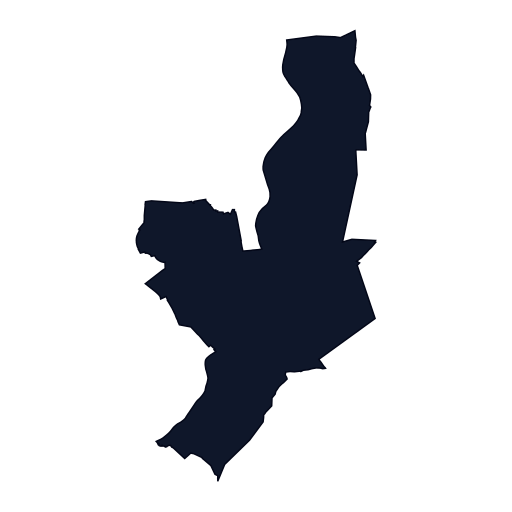 outline of Venlo, Limburg, Netherlands
{"feature_id": "6326949B62614877207788", "entity_name": "Venlo", "entity_type": "district", "adm_level": 2, "iso_a3": "NLD", "parent_name": "Netherlands", "parent_adm1": "Limburg", "projection": "equal_earth", "projection_center": [6.131, 51.392], "detail": "fine", "context": "isolated", "style": "filled", "palette": "ink", "viewbox_px": 512, "rotation_deg": 0, "n_neighbors": 0, "source": "geoboundaries", "source_scale": "gbopen_adm2", "svg_char_len": 5717}
<svg xmlns="http://www.w3.org/2000/svg" viewBox="0 0 512 512"><path d="M217.7,481.3L224.7,464.4L249.6,440.1L263.1,421.9L263.6,417.6L263.7,414.7L264.7,413.8L265.7,412.2L271.7,405.9L272.0,397.9L275.1,394.2L275.8,391.4L279.1,386.5L281.8,383.9L283.5,382.6L287.1,379.0L286.8,378.0L286.7,377.6L286.3,376.8L285.7,375.9L285.3,375.0L285.3,374.1L285.8,372.0L290.1,371.5L294.4,371.8L300.5,371.1L300.8,371.5L301.9,371.0L301.8,370.8L303.8,370.2L308.3,369.7L311.8,368.7L316.3,367.9L320.4,368.1L322.6,368.7L324.3,368.5L325.5,368.3L325.1,367.7L323.9,366.5L320.9,362.1L320.2,361.3L318.8,359.3L375.1,318.5L357.5,266.2L357.1,265.4L359.6,262.9L356.6,261.3L361.6,257.5L362.2,256.7L363.4,255.4L364.3,254.5L365.0,253.9L367.0,251.8L367.8,250.9L368.6,249.9L370.9,247.8L371.9,246.7L372.8,245.6L375.7,242.3L374.5,242.0L375.5,240.5L351.9,239.3L342.5,242.0L357.1,174.9L355.8,150.8L356.3,149.8L366.1,150.0L365.3,135.3L365.2,133.0L365.6,132.3L366.3,129.6L368.4,121.8L368.7,112.0L369.1,111.2L369.5,110.1L370.2,108.1L370.8,107.0L370.1,106.1L369.5,105.5L370.5,99.0L370.6,94.8L368.3,88.2L367.9,87.6L367.8,86.9L367.6,86.4L363.6,75.2L362.8,76.5L360.3,72.4L358.8,70.5L356.4,66.6L353.9,62.9L354.0,62.1L354.0,58.6L354.6,54.6L355.6,47.5L355.4,47.3L356.1,40.3L355.5,37.2L354.9,30.7L340.5,37.6L339.7,37.5L337.7,37.2L335.0,36.8L316.3,36.1L286.7,40.0L287.0,42.7L287.1,44.6L287.0,45.7L286.8,47.5L285.9,51.5L285.7,52.6L284.9,55.4L284.5,56.9L283.9,59.0L283.6,60.4L283.1,63.1L282.8,64.7L282.6,67.1L282.7,69.3L282.7,69.9L282.9,71.3L282.9,71.8L283.5,73.7L284.9,76.5L285.6,77.4L287.5,80.5L288.5,81.8L288.6,82.3L289.1,83.1L291.1,85.7L293.3,88.2L295.1,90.3L297.0,92.6L299.7,97.0L300.6,100.0L300.9,101.4L301.4,104.0L301.6,105.9L301.8,108.0L301.3,111.4L301.3,112.6L300.5,115.3L298.8,118.4L297.8,120.4L296.2,122.6L293.5,125.9L287.8,131.1L283.6,134.8L282.5,136.0L281.6,136.8L280.0,138.5L276.0,143.3L274.6,145.1L273.7,146.2L271.1,149.3L268.6,152.1L267.7,153.4L266.6,155.1L265.6,157.0L265.2,157.8L264.0,161.4L263.7,162.8L263.1,166.5L263.1,168.6L263.2,170.0L267.5,184.4L269.2,189.0L270.0,192.6L270.1,196.7L269.6,199.3L268.8,201.7L267.7,203.7L266.4,205.2L263.0,208.0L261.9,209.1L259.2,212.5L257.9,215.4L256.6,219.2L255.8,223.3L255.6,225.9L256.1,228.2L257.0,231.8L258.2,235.8L258.8,240.6L259.5,243.2L260.3,245.4L261.8,249.0L260.1,249.5L260.0,249.4L258.9,249.6L254.3,250.0L254.0,250.0L252.0,250.2L251.4,250.4L242.9,251.1L242.7,250.2L241.9,246.6L241.0,241.6L240.9,240.9L241.2,240.8L236.7,216.6L235.8,213.0L235.7,213.1L235.5,212.1L234.6,212.4L234.4,210.7L234.4,209.6L232.5,209.6L230.4,214.3L228.0,212.4L223.5,213.9L223.0,212.2L219.4,212.1L217.8,212.2L217.7,210.9L216.0,211.1L215.9,210.1L213.8,210.1L213.0,209.0L212.9,208.8L212.1,207.7L210.0,205.2L210.2,204.8L209.7,204.8L209.4,204.5L208.6,203.6L205.3,200.1L205.8,200.0L205.7,199.4L198.8,200.5L198.1,200.7L196.8,200.9L195.7,201.1L194.6,201.3L194.2,201.4L194.0,201.5L193.7,201.9L193.6,202.2L193.6,202.5L193.7,202.8L193.9,203.1L193.7,203.1L193.4,203.3L191.6,201.5L189.6,201.8L182.6,202.9L178.9,202.7L151.8,200.9L151.3,200.9L147.5,201.4L145.5,201.7L145.2,203.8L145.1,204.5L145.2,205.2L145.2,205.7L144.3,215.4L144.3,221.9L144.1,221.8L144.2,222.5L138.8,229.1L139.6,229.6L139.3,230.0L139.8,230.3L139.4,230.9L138.5,232.6L138.0,233.5L137.7,234.4L137.2,235.3L136.9,236.2L136.5,237.9L136.4,238.7L136.3,240.5L136.4,241.4L136.4,242.3L136.7,244.1L136.9,244.9L137.1,245.8L137.4,246.7L138.7,249.3L138.4,249.4L140.4,253.1L141.7,252.8L142.3,252.6L144.8,252.0L145.3,253.2L146.5,253.2L147.1,253.2L147.7,253.4L148.4,253.6L149.6,254.3L150.4,254.6L151.3,256.4L154.8,255.6L155.0,256.3L155.5,257.1L155.8,257.7L156.4,258.4L157.0,259.1L157.6,259.7L157.9,259.7L159.1,260.6L160.1,261.2L161.3,261.7L163.6,262.3L164.8,262.4L165.0,262.3L165.2,268.6L162.7,270.2L145.3,283.7L155.5,291.7L158.6,294.6L160.2,296.6L160.7,299.0L166.1,296.5L167.4,299.5L167.9,300.3L167.5,300.5L168.0,301.3L168.5,302.0L172.1,308.2L174.7,313.6L174.9,313.8L176.3,317.6L177.2,319.5L177.3,319.5L177.7,320.5L178.0,321.7L179.4,324.8L190.6,326.9L190.9,327.0L197.5,334.1L199.1,335.5L201.5,338.3L203.3,340.6L206.2,343.9L207.0,344.8L208.9,346.7L210.6,345.2L212.5,346.8L212.4,346.9L213.3,347.7L214.9,349.1L214.0,349.7L215.8,351.7L211.0,354.7L208.9,356.3L206.9,358.1L206.3,358.9L205.6,360.1L205.3,361.7L205.2,363.1L205.2,364.7L205.5,367.0L205.8,369.1L206.6,371.7L207.6,375.7L208.0,377.9L208.0,378.3L207.6,380.7L207.0,383.3L206.0,386.1L205.0,391.1L203.7,393.4L202.3,395.4L201.2,396.7L199.7,398.4L197.5,400.4L196.2,402.0L195.0,403.7L194.3,404.8L189.0,412.7L187.9,414.2L187.3,415.2L186.4,416.5L185.4,418.3L183.9,419.8L182.9,420.6L180.6,422.3L177.6,423.9L175.7,425.4L173.8,427.1L173.1,427.9L170.5,431.3L168.5,433.4L165.7,435.8L163.1,437.9L161.2,439.1L156.2,441.4L157.7,443.1L157.9,443.2L158.0,443.1L158.4,443.3L158.5,443.4L158.4,443.4L158.1,443.7L157.9,443.7L157.8,443.8L158.0,444.0L158.3,444.1L158.5,443.9L158.6,444.1L158.3,444.1L158.2,444.4L158.2,444.5L158.4,444.5L158.5,444.6L158.4,444.7L158.5,444.9L158.8,445.2L159.1,445.3L159.2,445.6L159.3,445.7L159.7,445.8L160.4,446.1L160.9,445.9L161.2,445.9L161.3,445.7L161.5,445.6L161.4,445.9L161.4,446.0L161.5,446.1L161.8,446.0L162.1,446.1L162.2,445.9L162.6,445.9L162.6,445.7L163.1,445.8L163.4,445.8L163.8,446.0L163.7,446.1L164.3,446.4L164.9,446.4L165.2,446.4L165.3,446.7L165.5,446.8L165.5,447.0L166.3,446.8L166.6,446.8L167.0,446.5L167.0,446.4L167.1,446.2L167.6,445.8L168.0,445.8L168.5,445.5L169.6,445.3L169.8,445.2L170.0,445.2L170.0,445.3L170.4,445.6L170.7,445.8L170.9,445.9L171.0,445.9L171.1,446.0L171.5,446.7L171.7,447.1L172.0,447.1L172.3,447.1L172.7,447.6L173.3,447.9L184.7,458.5L190.7,453.1L193.8,453.7L202.2,457.6L202.3,458.3L210.9,465.6L215.0,474.3L217.8,475.7L217.7,478.6L217.8,480.3L217.7,481.3Z" fill="#0f172a" stroke="#020617" stroke-width="1.5"/></svg>